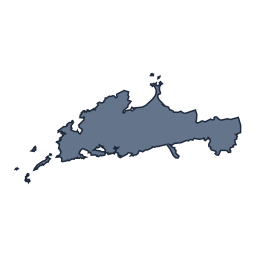 the district of Corca Dhuibhne Lea-3, Kerry, Ireland
{"feature_id": "5873133B90266849375515", "entity_name": "Corca Dhuibhne Lea-3", "entity_type": "district", "adm_level": 2, "iso_a3": "IRL", "parent_name": "Ireland", "parent_adm1": "Kerry", "projection": "albers", "projection_center": [-10.264, 52.188], "detail": "fine", "context": "isolated", "style": "filled", "palette": "slate", "viewbox_px": 256, "rotation_deg": 0, "n_neighbors": 0, "source": "geoboundaries", "source_scale": "gbopen_adm2", "svg_char_len": 5819}
<svg xmlns="http://www.w3.org/2000/svg" viewBox="0 0 256 256"><path d="M238.3,117.4L230.5,119.5L227.2,118.8L221.1,120.2L218.8,119.2L216.8,117.1L215.0,116.9L214.0,117.7L214.3,119.3L214.0,119.6L212.1,119.9L210.7,119.1L205.2,121.8L202.0,120.9L198.9,122.6L196.7,122.9L195.8,121.9L196.4,120.6L196.8,114.5L195.4,110.0L185.7,113.2L183.6,113.2L180.8,111.2L178.4,112.3L173.7,112.2L173.1,111.0L169.6,109.6L168.4,107.1L164.3,105.9L162.4,104.5L162.9,104.1L164.9,105.9L159.0,99.7L157.7,96.9L158.1,94.4L160.1,93.9L160.5,92.9L159.5,90.1L159.5,86.8L160.9,84.6L162.4,83.8L160.5,81.7L159.2,82.9L160.1,83.8L159.9,84.6L157.7,85.8L155.8,85.0L156.2,83.1L155.0,84.1L153.9,83.3L153.0,84.0L150.7,84.0L150.6,84.9L151.8,85.2L152.3,86.4L153.5,85.8L154.4,86.2L156.2,89.9L156.1,93.5L154.9,96.2L152.2,99.5L145.7,105.5L142.1,107.2L133.4,108.0L131.9,107.2L131.4,108.2L132.8,108.0L134.6,109.1L132.2,110.6L132.3,111.3L131.4,110.0L130.1,109.8L125.5,110.8L124.2,113.0L122.9,112.6L123.5,110.4L127.9,106.8L127.9,105.2L131.0,101.4L127.7,100.1L127.4,100.5L128.9,96.5L127.9,95.2L128.6,91.9L124.2,90.5L116.8,94.2L116.7,95.5L117.2,96.8L116.7,97.4L115.5,97.7L114.5,96.2L112.8,95.7L110.7,96.6L109.4,96.2L105.6,98.6L105.3,98.2L104.9,99.8L103.8,101.3L104.0,101.9L103.3,102.4L101.1,103.0L99.6,102.2L98.1,102.8L97.4,103.6L97.8,103.7L98.1,105.2L95.8,107.7L95.4,109.6L94.2,109.0L94.3,110.4L93.6,109.2L93.2,109.4L93.4,108.9L89.5,111.4L89.3,110.7L88.2,111.0L88.0,109.9L87.2,110.0L86.4,112.1L85.2,111.2L84.5,111.9L84.2,110.7L83.4,110.8L82.1,112.1L82.5,112.0L81.3,114.3L80.4,114.8L80.0,116.6L80.5,117.2L80.1,117.6L82.9,117.9L84.0,117.1L84.7,117.9L83.8,117.3L84.1,119.8L78.9,124.8L79.3,125.0L78.9,125.9L79.1,127.2L82.3,129.5L81.6,131.8L80.1,133.7L80.6,134.3L78.7,133.2L78.5,132.1L77.4,131.5L77.3,130.7L76.7,131.7L74.5,131.5L70.9,129.8L71.1,128.9L72.0,128.2L70.9,127.2L71.3,126.3L71.1,125.7L73.5,122.5L72.7,120.6L72.0,120.9L71.1,122.7L69.4,122.5L67.0,124.3L66.7,125.3L67.2,125.5L66.0,126.6L63.5,126.7L58.1,130.9L58.5,131.4L58.2,132.1L60.9,131.3L62.1,131.7L61.6,132.5L62.3,132.3L61.6,132.7L62.2,132.9L60.9,134.0L64.1,132.5L65.4,133.8L63.3,134.0L62.7,135.2L63.2,135.4L62.2,136.8L60.4,137.6L60.9,138.0L59.7,139.0L60.1,139.2L59.8,139.9L60.9,139.9L59.2,141.7L58.8,141.1L56.8,141.7L57.0,142.1L56.7,142.3L58.1,143.0L58.2,143.7L59.5,144.2L58.6,148.6L59.7,148.9L59.5,149.7L60.5,150.4L60.1,151.6L60.5,151.1L61.1,152.0L59.6,155.3L57.3,155.7L56.3,157.2L59.9,156.8L61.7,158.2L61.7,161.3L62.8,161.6L66.7,160.8L67.6,160.0L68.9,160.8L72.0,158.9L74.0,159.3L75.2,158.0L76.5,158.3L77.2,157.5L77.4,158.2L79.3,158.3L80.6,157.3L81.6,158.4L82.6,158.0L83.8,158.7L84.6,157.6L86.0,157.2L83.3,156.4L82.2,154.6L80.4,155.0L79.5,152.9L79.3,154.4L79.0,153.3L81.0,149.8L83.0,148.6L87.8,150.8L88.8,151.9L88.4,152.7L90.6,152.4L90.3,153.0L91.0,153.8L91.2,155.2L95.6,154.8L96.6,156.1L97.1,155.6L97.3,156.3L98.5,156.6L100.9,155.2L101.7,155.8L104.6,155.1L105.4,153.3L104.1,151.8L101.3,151.7L100.2,150.8L96.6,150.5L95.4,149.7L94.5,150.2L94.0,150.0L93.9,150.1L93.6,150.1L95.9,148.3L96.6,147.0L97.8,147.9L99.5,147.0L99.3,144.8L101.4,146.1L101.3,146.8L101.9,147.1L101.6,146.2L102.2,146.3L102.2,146.9L102.3,146.2L102.9,146.4L102.5,146.7L102.8,146.9L102.6,147.7L104.0,148.3L105.3,150.1L105.1,151.6L105.9,152.6L107.8,152.6L107.6,153.7L108.3,154.4L110.7,153.2L111.4,153.3L111.1,153.7L113.4,153.1L114.2,153.9L114.6,153.4L114.1,152.6L115.9,151.0L115.9,150.1L115.7,148.9L114.3,148.9L113.7,148.4L113.9,148.0L115.0,147.7L115.1,146.7L116.4,147.8L117.9,147.7L118.2,146.9L118.1,147.6L118.5,147.5L118.1,148.1L116.5,148.8L115.6,152.3L117.9,152.9L118.1,154.5L118.7,154.5L118.2,155.8L120.4,155.7L119.2,157.0L120.3,157.6L126.9,154.3L128.3,152.6L132.2,153.5L130.7,155.7L131.9,155.3L133.1,155.9L134.3,154.9L136.0,155.0L137.9,153.5L139.4,150.6L142.7,151.8L145.6,149.9L147.6,149.9L152.1,147.7L152.4,146.7L154.7,147.3L156.7,146.2L157.7,146.6L166.7,144.4L169.9,148.8L173.4,155.6L175.6,157.8L178.0,158.0L179.0,156.1L176.1,153.5L175.7,152.4L176.0,150.4L174.6,149.4L174.7,147.7L172.4,147.3L169.5,144.5L172.0,145.1L174.4,143.4L181.1,142.7L186.3,140.5L188.5,140.8L190.1,139.5L192.8,140.1L194.0,138.4L199.6,139.3L203.8,138.4L203.6,137.6L204.4,138.5L204.2,139.9L205.4,140.6L207.6,138.7L208.4,136.8L208.0,138.2L208.9,137.4L208.5,138.1L209.1,139.2L209.9,139.1L210.4,141.2L208.7,144.3L209.0,146.5L210.0,146.5L210.9,147.3L210.3,148.2L211.6,150.0L215.8,151.2L216.1,152.7L215.1,153.5L216.1,154.7L218.1,155.2L218.7,154.8L220.6,150.4L225.5,150.4L227.5,151.0L228.4,152.5L230.5,152.2L230.7,150.7L229.7,149.9L230.4,147.8L233.5,146.8L233.0,145.6L233.7,145.0L236.0,144.7L235.1,142.6L234.9,139.7L236.9,138.8L236.6,137.3L237.2,136.5L235.6,134.4L237.3,134.5L238.1,133.3L240.6,132.6L240.6,125.1L238.3,117.4ZM42.6,161.3L36.7,165.4L36.5,166.4L35.9,166.7L35.6,167.9L34.8,168.0L33.9,170.1L37.5,168.8L37.4,168.0L40.3,165.4L41.6,165.4L42.4,164.2L43.3,165.1L46.6,162.2L48.2,162.0L48.7,160.4L50.3,158.7L49.0,158.1L48.1,156.3L47.5,156.4L47.0,156.9L47.4,156.8L47.0,157.0L46.9,157.6L47.3,157.2L46.8,159.1L46.4,158.9L45.3,160.4L42.6,161.3ZM33.5,149.2L31.2,150.9L34.2,151.4L34.6,150.2L35.6,150.3L35.8,147.4L35.2,146.4L34.4,147.2L34.9,147.5L33.3,148.4L33.5,149.2ZM26.7,179.3L26.3,178.5L25.6,178.5L25.2,180.0L26.0,179.7L26.0,180.3L26.4,180.3L26.0,180.6L26.4,180.5L26.0,181.4L28.2,181.4L28.4,182.3L28.8,181.5L29.6,181.7L29.9,180.8L28.8,179.9L29.1,179.5L26.7,179.3ZM26.7,175.8L25.6,176.7L25.7,177.6L28.7,175.5L28.7,174.0L27.6,173.7L27.5,174.9L26.9,174.8L26.7,175.8ZM17.4,168.0L16.0,168.3L15.4,169.2L16.1,169.0L16.5,169.7L18.2,168.7L17.4,168.0ZM157.9,78.6L159.0,78.2L159.1,77.1L158.2,76.8L157.9,78.6ZM50.0,153.8L49.6,154.8L50.1,155.4L50.8,154.5L51.3,154.8L51.2,154.2L50.0,153.8ZM151.8,75.6L153.3,75.6L153.4,74.5L151.8,75.6ZM150.9,74.7L151.9,74.1L152.0,73.7L151.3,73.8L150.9,74.7ZM159.1,76.5L159.9,76.7L160.0,76.3L159.1,76.5Z" fill="#64748b" stroke="#1e293b" stroke-width="1.5"/></svg>